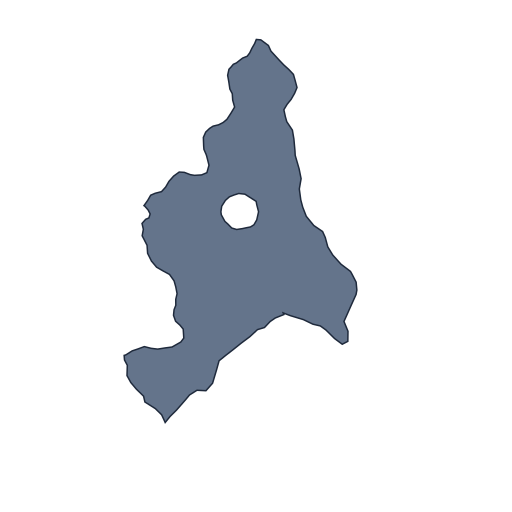 Babek District, Babək, Azerbaijan, rotated 210°
{"feature_id": "54616110B53070579367508", "entity_name": "Babek District", "entity_type": "district", "adm_level": 2, "iso_a3": "AZE", "parent_name": "Azerbaijan", "parent_adm1": "Babək", "projection": "mercator", "projection_center": [45.413, 39.259], "detail": "fine", "context": "isolated", "style": "filled", "palette": "slate", "viewbox_px": 512, "rotation_deg": 210, "n_neighbors": 0, "source": "geoboundaries", "source_scale": "gbopen_adm2", "svg_char_len": 2379}
<svg xmlns="http://www.w3.org/2000/svg" viewBox="0 0 512 512"><g transform="rotate(210 256 256)"><path d="M378.2,243.6L377.4,243.6L372.4,241.9L368.7,239.5L367.8,235.4L369.9,232.6L371.0,227.2L366.9,222.8L364.7,216.6L355.7,210.8L351.2,204.1L343.8,199.2L343.6,199.2L336.5,196.6L328.9,196.6L321.7,196.8L314.5,193.5L310.0,189.1L305.5,183.9L303.8,178.3L300.8,173.2L300.1,168.5L297.8,163.4L293.0,159.3L287.3,158.1L282.5,156.3L277.5,148.8L278.1,143.9L283.2,135.2L288.8,130.9L294.6,126.2L300.7,123.6L307.4,121.7L312.0,116.2L315.8,111.9L319.4,105.1L320.5,104.0L317.9,100.2L312.8,97.0L307.9,87.9L301.1,83.8L293.1,80.9L283.3,78.4L279.2,74.0L266.8,73.5L258.3,71.3L251.8,66.7L251.4,66.4L250.2,74.0L247.8,82.8L245.1,96.5L244.1,102.4L240.0,110.2L232.0,114.3L230.0,124.1L233.2,137.5L235.6,146.8L232.5,154.9L229.1,163.2L225.2,173.2L221.0,183.0L217.9,193.0L212.9,198.3L211.0,206.3L208.3,212.0L202.6,219.2L204.0,220.3L196.5,221.5L183.2,224.6L172.6,225.4L165.3,227.6L158.5,226.9L146.7,223.8L137.2,222.7L134.7,226.6L133.8,228.0L138.7,236.8L147.1,243.3L147.8,250.2L149.0,261.6L150.1,272.7L151.6,276.9L156.2,283.4L163.8,288.3L166.5,289.9L178.3,291.4L190.0,295.2L198.4,299.8L205.3,306.7L210.6,310.5L221.2,311.3L232.3,315.5L239.9,321.6L245.2,326.9L252.0,335.7L255.6,345.5L262.2,353.0L272.4,362.8L274.8,366.5L281.7,376.3L287.4,383.2L296.5,387.7L300.2,391.3L305.0,396.6L304.9,402.9L303.9,409.1L303.9,416.2L304.7,422.4L310.2,427.9L314.4,432.0L321.1,434.0L327.6,435.4L333.4,437.1L340.1,439.2L345.5,440.9L350.5,444.5L359.9,445.6L364.0,443.7L363.4,439.3L363.4,433.9L363.0,428.8L363.5,424.6L366.5,420.8L368.2,416.7L369.5,413.4L371.5,410.7L372.1,407.1L372.8,404.2L370.9,398.3L366.6,393.2L362.1,387.5L357.7,384.7L354.1,379.3L349.0,374.3L349.1,367.3L349.5,359.9L351.2,355.2L354.0,350.9L355.5,349.5L358.1,347.0L360.0,343.3L361.5,338.2L360.9,332.4L356.4,325.2L354.4,322.3L350.2,319.2L348.8,318.0L342.1,311.1L340.2,303.6L343.7,299.0L349.6,295.1L353.6,293.6L359.9,292.6L364.5,290.3L367.3,284.0L368.7,277.1L368.7,270.6L370.0,264.5L374.7,259.9L377.6,256.0L377.6,249.9L378.2,243.6ZM294.6,269.1L296.3,269.6L300.2,270.4L306.6,274.3L308.5,276.7L310.6,282.0L310.3,288.9L308.6,294.0L305.5,297.9L302.2,301.5L296.5,304.0L296.4,304.0L283.2,303.4L281.0,300.8L275.9,295.6L273.4,287.6L273.4,282.0L275.3,278.4L278.3,275.8L281.5,272.9L286.0,269.3L291.0,268.1L294.6,269.1Z" fill="#64748b" stroke="#1e293b" stroke-width="1.5"/></g></svg>